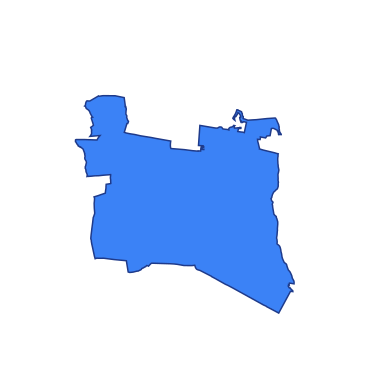 Goiesti, Dolj, Romania, rotated 208°
{"feature_id": "2599482B37441386281384", "entity_name": "Goiesti", "entity_type": "district", "adm_level": 2, "iso_a3": "ROU", "parent_name": "Romania", "parent_adm1": "Dolj", "projection": "orthographic", "projection_center": [23.769, 44.483], "detail": "fine", "context": "isolated", "style": "filled", "palette": "blue", "viewbox_px": 384, "rotation_deg": 208, "n_neighbors": 0, "source": "geoboundaries", "source_scale": "gbopen_adm2", "svg_char_len": 6010}
<svg xmlns="http://www.w3.org/2000/svg" viewBox="0 0 384 384"><g transform="rotate(208 192 192)"><path d="M324.8,224.6L325.4,224.1L326.8,223.5L327.4,223.2L327.7,222.9L327.8,222.2L327.6,220.6L326.9,218.7L326.9,217.9L327.1,217.5L326.2,217.5L324.6,216.1L322.2,215.8L321.1,215.5L319.6,214.5L318.8,213.7L316.2,212.0L315.6,211.5L314.9,211.4L315.7,210.5L315.6,209.9L311.7,206.1L310.4,204.7L310.9,203.2L311.8,201.5L309.9,199.9L309.7,199.7L309.8,199.6L309.4,198.7L308.3,196.9L308.1,196.3L308.0,195.5L308.1,193.7L308.2,193.2L299.7,198.7L300.2,196.2L300.3,194.6L300.3,193.3L310.8,188.2L318.9,183.9L319.2,183.6L319.3,183.3L318.5,181.7L318.4,181.6L317.9,181.6L317.5,181.4L316.7,180.7L315.1,179.9L314.4,179.8L314.2,179.3L312.0,179.1L312.1,179.4L311.7,179.5L308.2,178.7L307.8,178.4L306.9,177.4L306.3,177.1L305.5,176.2L304.8,175.8L304.8,175.3L304.3,174.8L303.9,174.2L303.3,173.6L303.1,173.1L302.8,172.0L302.3,171.2L302.0,170.8L299.9,169.5L298.9,168.2L298.8,167.4L298.2,165.3L298.1,164.1L297.9,163.7L297.5,163.2L297.4,162.8L296.3,162.0L296.1,161.7L295.9,161.5L295.5,160.7L294.9,160.0L294.0,159.3L292.9,158.4L292.1,156.9L292.0,156.4L290.8,157.3L290.7,157.2L288.3,158.7L285.5,160.6L282.0,162.6L277.7,165.5L273.1,168.4L272.0,169.2L271.9,169.1L271.2,167.3L270.7,166.1L269.5,164.5L268.8,163.2L267.7,161.4L268.2,160.9L271.4,158.5L270.4,156.2L269.8,155.1L269.0,152.7L268.0,150.3L271.3,146.8L273.0,144.9L276.2,141.7L275.2,140.8L274.8,140.1L273.9,138.1L273.1,136.1L270.7,131.9L268.0,127.7L267.6,126.4L267.6,125.6L267.4,124.9L267.2,123.0L265.3,118.2L263.1,112.3L262.6,111.1L260.8,106.4L259.6,103.6L259.3,103.1L258.2,102.0L257.6,101.0L255.9,98.8L254.5,97.2L248.2,89.7L246.2,87.6L245.0,88.9L243.4,89.6L238.8,92.1L229.0,95.8L217.7,100.5L210.8,91.4L209.3,91.7L208.3,92.3L206.3,93.7L203.4,96.3L202.4,96.9L201.4,98.4L200.9,98.9L200.6,99.4L200.4,100.0L200.4,100.7L200.1,101.3L199.4,102.0L198.4,103.8L197.9,104.2L197.7,104.9L197.6,105.6L197.4,105.9L197.1,106.0L195.6,106.1L194.8,109.1L194.2,110.2L177.6,118.4L174.1,120.0L171.1,121.2L164.6,123.3L157.5,127.0L155.2,128.6L153.2,126.7L151.7,126.0L150.6,126.0L148.0,126.5L135.3,126.7L134.9,126.5L131.6,126.5L119.1,126.2L116.6,126.4L111.0,126.4L75.9,125.8L73.1,126.0L72.2,125.8L58.6,125.8L58.4,150.5L56.2,151.4L56.8,152.2L58.2,152.5L59.8,153.1L59.9,153.3L59.7,153.4L60.3,153.4L61.1,153.0L62.2,153.6L62.8,154.0L63.0,154.3L62.9,154.7L62.4,155.0L62.8,155.2L63.2,155.6L62.9,155.7L62.8,156.0L63.2,157.3L58.8,158.8L59.3,159.9L59.9,160.8L60.3,161.3L62.8,162.9L63.3,163.4L64.4,164.7L65.3,165.5L67.4,167.1L68.4,167.7L70.1,168.3L70.6,168.6L73.0,170.8L74.5,172.4L75.1,172.7L77.5,173.1L80.5,175.4L82.0,176.9L83.9,179.5L85.4,181.1L86.6,182.8L87.8,184.1L88.4,184.7L89.4,185.4L90.8,185.8L91.6,185.9L92.5,186.1L92.8,186.5L93.0,187.1L93.5,188.2L94.8,190.1L95.4,190.6L95.9,191.5L96.7,193.9L98.3,197.5L98.5,198.2L99.4,199.7L101.2,203.9L102.3,205.9L104.7,208.4L105.4,208.9L105.7,209.2L106.0,209.8L106.3,210.0L107.7,210.2L108.3,210.5L109.0,210.7L109.3,210.9L113.5,216.3L114.6,218.0L115.4,218.8L115.6,220.7L115.7,221.0L116.0,221.2L117.6,221.7L117.8,221.9L119.2,223.4L119.0,223.6L119.0,224.6L119.1,225.0L119.3,225.4L119.5,226.5L119.7,227.1L119.8,228.6L119.8,230.3L119.1,232.1L118.9,233.2L118.7,233.5L118.2,234.6L118.2,235.6L118.6,237.6L120.2,240.6L120.2,241.1L121.8,243.1L121.8,243.4L122.2,244.2L124.3,247.8L124.7,249.1L124.8,249.7L125.6,252.2L127.9,255.0L128.5,256.1L129.5,257.4L130.7,259.5L131.3,260.4L132.3,262.4L132.8,263.9L133.6,265.4L133.8,266.2L136.3,265.6L137.1,265.5L148.7,262.5L152.6,261.7L152.6,261.9L154.5,264.0L156.4,266.2L157.4,267.1L158.9,269.3L156.5,270.3L157.0,271.9L157.5,272.7L152.4,274.3L152.1,276.7L149.5,278.4L151.7,285.3L151.3,285.7L150.8,286.0L149.7,286.5L145.4,286.5L145.1,285.9L144.4,286.2L143.9,284.9L143.8,284.7L143.1,284.6L142.9,284.3L142.6,283.4L142.4,283.3L141.7,283.8L140.2,284.6L140.4,284.9L142.6,286.1L143.6,287.2L144.3,288.3L145.0,289.0L145.5,290.3L146.5,291.3L147.1,292.1L150.2,294.5L150.9,295.2L151.9,295.7L152.6,296.3L153.2,296.4L153.6,296.2L160.2,292.1L169.1,286.1L175.5,282.2L176.2,281.7L176.7,281.6L181.3,280.9L182.1,282.6L182.6,282.8L183.4,283.3L184.0,284.1L184.3,284.7L184.7,285.1L185.3,285.3L185.6,285.7L185.8,286.0L186.0,286.1L187.2,286.1L189.3,285.9L190.0,286.1L191.0,285.6L190.6,283.5L190.5,282.5L190.4,281.5L190.5,278.7L190.6,277.9L190.6,276.4L190.5,276.2L189.2,275.7L187.9,275.5L188.4,276.0L188.9,276.8L189.2,277.2L189.3,277.9L190.0,278.8L189.7,279.0L189.3,279.1L189.0,278.9L188.7,279.1L188.4,282.7L188.4,283.0L188.6,283.4L188.7,283.6L187.6,283.7L186.3,283.0L185.6,282.6L184.3,281.4L184.1,281.1L184.3,280.7L184.9,280.4L184.9,280.2L183.4,278.3L182.1,277.1L181.8,277.4L181.7,277.2L181.6,277.5L181.2,277.1L180.5,276.7L179.7,277.6L179.7,277.8L179.8,278.0L179.7,278.1L178.8,278.6L178.2,278.6L176.6,279.1L173.7,269.0L175.8,268.5L176.6,268.1L180.0,266.9L180.7,269.7L178.7,271.1L179.1,271.9L180.2,271.4L180.3,271.0L181.6,270.3L182.3,269.7L184.5,268.4L184.8,268.5L185.0,268.8L185.3,269.8L185.7,270.4L185.6,270.6L186.4,270.4L186.7,269.0L187.4,268.1L188.0,267.5L188.4,267.3L188.7,266.9L189.1,266.1L189.2,265.6L189.2,265.1L188.6,264.1L190.2,263.8L192.1,263.0L194.3,262.2L196.2,263.1L196.9,263.0L197.8,262.6L198.4,262.2L198.9,261.4L199.1,261.1L199.5,260.4L201.3,259.5L216.3,254.5L208.1,236.1L204.0,238.0L203.9,237.7L204.9,237.2L204.8,236.8L203.0,237.6L202.7,237.0L205.0,235.9L204.8,235.3L203.8,235.7L203.5,235.1L204.6,234.6L204.4,234.1L201.6,235.3L201.5,235.0L204.3,233.8L203.6,232.2L205.9,231.2L205.8,230.9L211.0,228.7L218.7,225.8L231.0,220.5L231.9,221.3L233.0,223.0L233.9,224.9L234.7,227.0L249.2,222.3L253.5,221.0L263.7,217.5L269.5,215.9L274.1,214.3L277.8,213.2L279.8,212.9L281.6,221.9L280.9,222.3L281.1,224.3L281.4,224.7L282.2,224.9L284.2,226.7L284.6,227.0L284.8,227.6L285.3,228.6L285.6,228.9L286.5,229.4L286.9,229.7L287.2,230.2L288.3,232.6L288.8,234.0L289.2,234.7L289.9,235.5L289.9,235.4L291.1,235.9L291.2,236.4L292.1,237.8L296.2,243.5L305.0,240.9L315.2,235.6L316.2,235.0L318.7,233.1L319.2,232.9L319.6,233.0L324.8,224.6Z" fill="#3b82f6" stroke="#1e3a8a" stroke-width="1.5"/></g></svg>